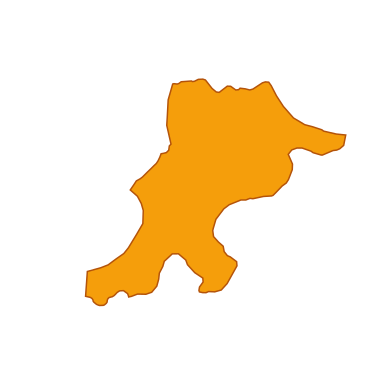 Chinautla, Guatemala (Albers equal-area conic projection), rotated 225°
{"feature_id": "79465075B40156667013427", "entity_name": "Chinautla", "entity_type": "district", "adm_level": 2, "iso_a3": "GTM", "parent_name": "Guatemala", "parent_adm1": "", "projection": "albers", "projection_center": [-90.5, 14.736], "detail": "fine", "context": "isolated", "style": "filled", "palette": "amber", "viewbox_px": 384, "rotation_deg": 225, "n_neighbors": 0, "source": "geoboundaries", "source_scale": "gbopen_adm2", "svg_char_len": 2078}
<svg xmlns="http://www.w3.org/2000/svg" viewBox="0 0 384 384"><g transform="rotate(225 192 192)"><path d="M282.0,254.7L279.0,249.3L274.0,240.3L262.3,227.3L257.0,221.3L240.7,211.0L240.6,208.5L238.0,205.1L238.0,201.7L239.5,199.2L240.9,197.2L239.4,193.9L238.0,189.9L237.4,186.9L237.5,183.8L237.5,179.8L237.6,175.1L237.6,170.2L237.6,167.5L238.0,164.7L239.2,160.5L238.3,156.3L237.1,149.8L227.6,150.4L219.7,148.0L213.4,144.5L204.4,134.9L201.1,122.4L197.5,107.5L196.7,100.3L198.3,91.2L199.8,81.1L203.0,73.8L209.8,61.8L193.5,43.0L189.3,45.6L187.4,46.0L185.8,45.7L184.7,44.9L183.7,44.7L181.0,44.9L179.9,45.1L178.2,45.8L177.1,46.4L174.6,49.1L174.1,50.2L173.9,52.6L174.2,54.1L175.3,55.5L176.0,57.0L176.0,58.7L175.1,60.3L174.3,61.6L173.8,63.8L173.8,65.7L173.9,68.0L173.3,70.9L170.7,73.8L165.7,74.6L163.9,73.8L162.5,73.0L161.9,74.0L161.0,75.4L158.4,81.2L157.2,82.4L152.3,87.1L149.6,92.6L150.3,100.5L153.9,106.8L157.7,111.5L160.0,118.7L162.6,123.4L162.2,134.3L157.9,138.7L148.3,139.5L143.8,137.4L133.0,136.9L123.5,138.8L120.5,136.2L119.5,130.1L117.5,127.3L116.1,126.6L113.3,128.4L110.9,130.7L109.9,133.3L105.3,137.5L102.0,143.4L102.4,152.0L108.0,171.6L111.2,174.3L119.0,173.2L122.0,172.0L127.1,172.6L131.6,175.7L137.9,175.3L145.2,175.7L150.1,179.4L151.3,181.4L155.8,189.6L157.6,202.6L156.7,209.3L151.8,220.9L148.3,224.4L146.5,228.5L144.2,230.3L138.3,239.4L133.0,245.4L132.3,246.9L132.3,251.4L132.5,260.0L131.7,265.0L132.6,269.0L136.9,278.7L140.7,282.8L150.6,286.7L151.2,292.3L148.9,297.3L145.3,300.9L136.8,305.0L134.2,305.4L126.9,309.4L125.9,310.4L121.6,321.0L119.3,324.0L118.1,327.0L117.7,332.2L123.6,341.0L131.1,334.9L142.0,328.1L144.2,327.8L150.5,324.6L152.9,323.4L159.9,319.3L172.6,316.1L187.9,317.1L200.2,319.7L211.2,323.2L215.4,323.9L218.0,321.7L219.4,319.0L221.7,307.9L223.3,305.0L227.3,302.6L231.4,299.4L231.4,297.3L233.2,295.1L239.4,294.1L241.9,291.8L243.2,281.7L245.5,279.9L251.0,279.4L261.7,280.7L264.1,279.5L267.2,276.1L268.6,271.9L269.9,270.3L270.9,270.1L277.6,262.3L278.0,259.5L278.8,257.9L281.4,255.8L282.0,254.7Z" fill="#f59e0b" stroke="#b45309" stroke-width="1.5"/></g></svg>